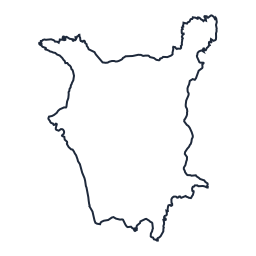 outline of Futuna, Vanuatu
{"feature_id": "77236927B67175476765241", "entity_name": "Futuna", "entity_type": "district", "adm_level": 2, "iso_a3": "VUT", "parent_name": "Vanuatu", "parent_adm1": "", "projection": "equal_earth", "projection_center": [170.22, -19.529], "detail": "fine", "context": "isolated", "style": "outline", "palette": "slate", "viewbox_px": 256, "rotation_deg": 0, "n_neighbors": 0, "source": "geoboundaries", "source_scale": "gbopen_adm2", "svg_char_len": 5694}
<svg xmlns="http://www.w3.org/2000/svg" viewBox="0 0 256 256"><path d="M153.9,239.3L155.6,239.7L157.0,240.6L157.8,240.6L157.9,239.9L157.2,239.2L157.3,238.6L158.1,237.9L159.2,237.5L160.6,236.2L163.3,231.4L163.4,228.8L163.8,227.5L163.4,226.9L163.5,225.6L164.0,224.3L164.1,223.0L163.7,220.7L163.3,219.7L163.5,219.5L164.7,220.3L165.8,219.7L165.6,218.6L164.1,217.5L164.2,216.7L164.8,215.9L166.2,215.4L166.8,214.7L166.8,212.8L166.4,210.8L167.6,211.3L167.9,211.1L167.6,209.5L167.7,208.7L168.1,206.3L168.5,205.3L170.1,204.9L170.7,205.7L171.5,205.8L172.2,205.1L172.1,203.6L171.5,202.7L171.4,199.3L172.0,198.1L172.7,197.3L173.8,196.6L175.6,196.6L176.6,196.9L177.2,197.7L177.6,197.7L178.6,197.3L179.1,196.5L179.9,196.4L181.2,197.8L185.7,196.0L186.3,196.7L187.9,197.2L188.6,197.7L190.9,198.1L191.3,197.6L191.9,196.3L192.9,194.9L193.7,191.9L193.5,191.1L192.6,191.1L192.3,190.8L192.1,188.6L192.3,187.9L192.8,186.8L193.9,186.6L194.8,185.4L197.4,185.4L198.3,186.2L198.8,186.2L203.0,186.0L205.0,186.5L207.0,187.5L207.7,187.5L207.8,186.6L207.1,185.9L207.7,184.4L207.5,183.4L205.3,181.9L204.3,180.4L200.1,179.0L198.9,177.9L196.5,176.3L195.8,175.3L191.5,175.7L190.4,175.2L187.6,175.1L186.9,174.7L185.1,172.2L184.7,170.7L183.8,169.0L183.9,167.5L185.4,165.1L186.3,161.3L186.9,159.8L187.0,157.0L184.8,153.9L185.1,152.0L187.3,148.7L189.0,146.8L189.9,144.9L190.7,144.0L191.4,141.9L191.8,139.1L192.7,137.3L192.8,136.5L192.7,135.4L191.7,132.2L189.7,127.8L188.3,125.9L186.8,124.9L184.2,121.4L184.4,119.6L185.1,118.9L186.6,116.0L187.1,114.2L187.0,112.5L187.3,111.5L187.0,109.0L185.8,106.6L185.7,104.9L186.2,100.6L188.4,95.5L188.7,94.1L188.6,93.2L187.9,92.1L187.6,91.1L187.5,88.4L188.0,86.7L189.1,84.4L189.8,80.9L192.7,79.1L194.8,79.8L196.0,78.2L198.7,70.7L202.2,68.1L202.5,67.2L202.3,64.5L203.5,63.4L203.5,62.8L203.2,62.7L200.3,62.7L199.4,62.2L197.0,56.8L196.9,55.7L197.3,55.0L197.5,53.3L198.0,52.4L199.2,51.3L201.5,50.4L203.5,51.6L203.0,50.5L203.0,49.4L203.4,48.5L203.9,48.4L204.9,50.3L205.8,50.2L206.8,48.0L208.5,46.5L208.8,45.5L209.7,45.2L208.9,43.7L209.0,42.2L209.9,41.9L211.0,42.4L211.4,42.0L210.7,41.1L211.0,39.1L213.5,40.8L215.4,40.1L215.9,39.3L216.1,37.3L216.0,33.4L216.6,31.2L216.5,29.4L216.7,28.7L216.0,25.0L216.8,22.0L216.2,18.5L215.8,17.9L215.4,19.3L215.1,19.3L213.9,16.9L211.7,15.4L210.9,15.5L208.1,17.7L207.3,17.6L206.7,16.3L204.8,16.1L204.4,16.4L204.6,17.4L205.7,18.9L206.0,20.6L205.0,20.1L204.4,20.1L203.4,21.1L202.5,20.1L201.1,19.4L200.0,18.2L198.9,17.5L197.8,17.4L197.7,17.5L197.8,18.7L197.5,18.8L195.5,17.7L192.8,17.3L192.6,18.4L192.2,19.0L191.1,19.0L190.5,19.4L189.5,21.6L187.7,22.4L187.0,23.6L183.5,22.7L183.4,24.7L182.9,25.5L183.3,26.7L182.0,27.4L182.7,29.0L181.9,29.3L181.7,29.8L181.7,32.2L181.9,33.3L182.2,33.6L183.6,33.5L183.7,34.1L183.0,34.5L181.9,36.5L181.9,37.0L182.6,37.9L182.8,38.6L182.1,39.2L182.2,40.6L181.8,43.0L181.9,44.6L181.5,45.6L180.9,46.0L181.1,47.8L180.8,48.3L180.3,48.7L177.6,48.6L176.9,49.0L175.9,48.3L175.2,47.2L173.3,46.8L173.1,47.2L173.3,49.1L172.5,52.7L172.6,54.2L172.1,54.8L171.0,55.6L167.4,57.1L163.1,56.9L161.7,58.2L160.3,58.4L160.0,58.7L159.8,59.7L159.0,60.3L156.3,59.8L153.9,58.0L150.0,57.1L149.1,56.1L148.2,55.6L145.5,55.6L143.1,55.9L140.9,54.9L138.2,54.8L132.6,56.0L125.6,56.3L124.2,57.3L123.0,57.9L122.2,59.1L121.3,59.7L118.9,60.9L117.2,61.4L115.7,61.5L114.2,61.0L111.9,61.0L109.3,61.7L107.7,62.6L105.7,62.8L102.6,62.4L95.8,54.4L94.5,52.1L88.7,49.3L87.8,47.2L86.8,46.0L86.6,44.2L85.2,43.1L84.9,41.5L84.4,40.8L83.5,40.8L82.8,41.8L82.2,41.7L81.8,41.1L80.8,41.0L80.4,40.3L80.1,37.6L79.6,36.9L79.4,34.8L78.9,34.9L78.4,35.8L77.1,36.5L76.7,37.6L75.5,37.2L75.5,37.8L76.1,38.7L76.0,39.3L75.3,40.1L73.9,39.6L73.5,40.8L73.0,40.8L72.6,40.4L72.4,39.2L69.7,38.8L66.7,36.9L66.0,36.9L65.2,37.4L65.2,37.8L65.5,38.7L65.3,39.9L64.4,40.1L64.2,39.5L64.1,36.8L63.8,36.5L63.1,36.6L62.8,37.1L62.6,38.7L62.7,39.8L59.8,39.5L59.6,40.9L59.0,41.6L58.7,42.7L57.2,41.7L55.0,41.6L54.4,40.7L53.5,40.1L51.1,39.3L45.9,39.8L44.5,39.5L43.0,39.9L42.0,40.9L40.9,41.0L40.9,42.4L41.5,43.3L41.5,43.7L39.8,42.7L39.3,42.8L39.2,43.8L39.8,44.6L41.4,45.5L42.5,46.8L45.7,47.9L45.9,48.5L45.3,49.2L45.5,49.5L47.0,49.8L49.2,50.8L50.1,51.5L51.7,51.8L53.1,52.5L55.2,52.9L57.2,54.6L59.7,55.5L62.3,58.0L63.6,60.0L64.6,60.8L65.4,63.1L67.3,63.0L68.6,64.8L69.9,65.6L70.9,67.0L71.5,69.2L72.4,69.9L72.9,71.0L74.0,75.8L73.3,80.3L71.9,83.0L71.6,84.2L70.9,85.2L70.6,87.4L69.6,88.8L69.3,91.0L68.6,92.1L68.7,94.5L68.3,98.2L67.1,101.5L66.4,106.8L65.9,107.5L64.1,107.4L59.8,109.3L58.1,110.8L56.7,112.9L54.1,114.9L52.0,116.0L49.0,116.6L48.4,118.2L48.5,119.0L50.0,121.1L50.3,122.0L51.1,122.9L53.0,123.6L53.5,124.7L53.8,125.0L54.9,124.6L55.7,123.7L56.5,123.8L56.8,124.2L55.8,127.9L55.8,129.1L56.3,129.8L58.7,130.7L60.9,129.1L62.0,129.1L63.1,129.7L64.0,131.2L64.1,132.4L63.7,133.9L62.4,134.9L62.0,135.6L62.3,136.1L64.3,136.8L64.7,139.6L67.0,141.7L67.2,143.0L66.9,143.5L67.0,144.2L68.7,147.1L71.1,149.3L72.6,149.6L73.9,151.5L74.8,153.4L76.1,155.3L77.5,159.2L78.0,161.2L79.9,164.2L82.2,172.7L84.5,178.2L85.1,180.6L85.9,186.1L86.5,187.5L88.3,197.1L88.7,200.8L89.2,204.2L89.6,205.2L89.6,206.0L89.4,206.2L92.5,211.6L94.5,220.4L95.4,222.8L97.0,223.7L100.1,224.2L100.7,222.5L101.5,221.8L103.9,220.7L108.2,220.0L111.9,217.5L113.5,217.1L115.9,218.6L120.0,219.6L122.1,219.4L123.0,219.7L125.4,224.6L126.7,226.5L127.7,227.1L131.0,226.7L132.5,228.3L133.6,228.6L134.3,230.5L135.0,231.0L135.4,230.8L134.7,228.4L135.1,228.3L135.5,228.6L136.0,230.0L136.7,230.0L136.9,228.3L136.5,227.4L136.7,226.1L137.2,225.3L140.0,223.0L140.4,221.4L145.4,219.0L146.3,218.9L149.2,220.7L150.2,221.7L151.8,222.5L152.3,223.2L152.9,228.6L152.5,229.3L152.1,231.3L150.9,233.5L150.7,236.3L151.4,237.1L153.1,237.6L153.9,239.3Z" fill="none" stroke="#1e293b" stroke-width="2"/></svg>